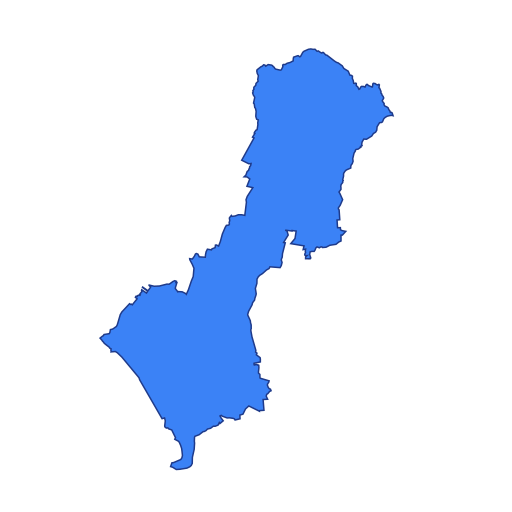 the district of Vadu Crisului, Bihor, Romania, rotated 162°
{"feature_id": "2599482B52238792704347", "entity_name": "Vadu Crisului", "entity_type": "district", "adm_level": 2, "iso_a3": "ROU", "parent_name": "Romania", "parent_adm1": "Bihor", "projection": "albers", "projection_center": [22.467, 46.953], "detail": "fine", "context": "isolated", "style": "filled", "palette": "blue", "viewbox_px": 512, "rotation_deg": 162, "n_neighbors": 0, "source": "geoboundaries", "source_scale": "gbopen_adm2", "svg_char_len": 6108}
<svg xmlns="http://www.w3.org/2000/svg" viewBox="0 0 512 512"><g transform="rotate(162 256 256)"><path d="M189.6,435.5L191.4,434.6L192.7,434.5L197.4,432.8L198.1,431.7L198.4,429.2L198.0,426.8L199.9,423.1L199.9,421.6L202.7,420.1L203.5,418.4L205.8,417.2L206.3,416.3L206.3,415.4L207.9,414.2L208.0,412.9L208.8,412.2L208.8,409.9L208.2,407.8L208.3,407.0L211.1,402.2L210.7,401.1L211.3,397.6L210.9,396.6L211.2,393.5L213.0,389.0L213.1,388.1L213.1,385.9L211.8,384.8L213.2,382.1L213.6,380.4L215.9,375.8L217.1,375.7L219.1,374.2L219.7,373.5L219.2,372.9L222.6,370.1L221.4,368.9L240.0,351.5L234.3,345.9L232.1,345.5L233.2,343.6L234.5,342.8L235.1,341.4L236.0,340.8L236.5,339.8L238.3,339.1L240.6,336.1L242.8,335.0L240.6,334.2L239.8,333.6L238.1,331.2L243.1,325.1L237.9,322.0L245.9,315.4L248.1,312.6L248.5,310.1L254.1,298.1L256.8,299.6L260.0,300.7L263.5,300.5L266.6,301.1L266.9,302.2L269.4,300.6L269.7,300.0L270.0,297.9L271.3,295.9L271.3,295.2L271.5,294.5L272.4,293.8L274.7,294.3L276.5,292.7L281.2,287.3L285.5,280.7L288.5,277.0L290.2,278.7L291.2,278.9L292.3,276.6L295.7,276.4L296.5,275.6L300.1,277.5L302.1,275.5L303.6,272.9L304.6,270.5L310.2,272.7L310.7,275.8L312.0,276.8L313.0,276.6L314.7,274.8L317.5,272.8L319.9,274.0L320.1,272.9L319.2,267.9L318.8,263.5L322.1,255.8L325.2,252.2L330.7,244.8L334.1,241.1L334.4,241.9L337.2,244.7L341.1,246.3L341.4,246.1L342.8,249.9L342.2,251.2L339.4,255.2L340.4,255.5L339.6,256.6L340.9,257.6L342.9,257.4L347.3,256.0L349.4,256.8L357.1,257.3L362.2,258.7L366.6,261.4L366.8,261.1L366.2,259.8L365.7,259.4L366.0,258.8L369.5,256.3L373.4,261.5L373.7,261.2L369.9,256.0L371.6,254.6L375.1,259.2L375.6,258.4L375.6,257.3L377.7,256.1L378.3,255.6L378.0,254.9L378.6,254.4L379.4,255.0L380.9,254.9L381.1,254.4L381.5,254.2L381.7,254.6L382.6,254.8L383.5,254.0L382.3,252.0L388.8,247.8L389.5,248.8L390.3,248.7L391.0,249.7L400.8,244.3L403.2,242.2L408.1,235.0L409.4,233.2L410.6,232.1L415.0,230.8L417.2,231.0L418.6,228.4L419.6,227.5L424.8,228.3L426.0,227.3L426.6,227.3L429.7,226.1L428.5,223.4L428.3,222.4L427.9,221.8L427.2,219.7L424.8,216.1L424.1,215.3L423.5,213.5L422.5,212.5L423.1,211.3L423.2,210.1L423.5,209.6L419.3,208.6L417.8,206.9L414.8,201.3L404.9,176.4L404.9,174.2L395.6,130.3L393.0,130.2L393.2,127.3L395.3,122.7L395.5,121.7L394.5,120.1L393.0,119.8L392.5,118.6L389.9,116.6L388.7,108.1L389.9,106.8L387.2,104.0L386.8,103.4L386.5,102.2L386.2,99.3L386.2,95.9L386.6,93.7L387.6,89.0L388.8,87.0L390.4,85.7L398.2,85.0L399.9,85.3L402.3,82.1L400.5,80.8L397.8,77.6L394.3,76.7L387.2,75.6L384.1,76.0L382.3,76.8L380.7,78.5L378.7,84.2L374.5,91.3L372.2,97.1L371.9,98.8L370.5,102.6L369.8,103.4L365.3,103.6L360.6,105.3L359.3,105.1L357.5,105.4L355.7,106.4L352.4,106.2L349.2,107.3L347.4,106.7L344.3,106.9L342.4,108.9L342.1,107.8L338.1,109.4L339.3,112.9L339.7,115.0L338.3,115.2L337.6,114.1L333.5,110.9L331.2,110.3L327.8,108.6L326.8,107.7L326.6,106.5L321.5,106.1L320.5,109.7L317.3,109.6L313.2,113.8L309.2,115.6L300.8,107.4L300.7,107.9L296.1,106.8L293.6,117.3L289.2,116.2L289.6,119.6L288.6,121.1L287.2,121.5L284.9,123.0L283.3,123.2L283.4,124.9L284.5,125.8L285.0,127.5L285.1,129.5L284.7,130.6L282.9,132.0L282.1,133.2L289.8,138.5L289.8,139.1L288.9,142.2L289.8,143.8L289.4,145.2L287.8,148.7L287.2,151.0L287.7,151.4L287.5,151.6L289.3,152.7L291.3,152.9L291.3,153.8L291.0,154.6L284.6,153.9L283.7,156.6L283.5,158.1L286.2,161.9L285.1,163.3L286.1,164.7L285.3,166.3L284.8,180.4L284.0,186.4L283.6,187.7L283.0,188.4L281.9,191.9L281.8,194.3L281.4,196.2L282.1,202.4L281.9,203.1L280.1,205.7L274.8,210.8L273.7,212.6L271.0,214.5L270.1,216.2L268.4,218.4L267.5,219.9L266.6,225.4L263.6,229.7L262.2,233.7L260.3,235.5L258.4,236.5L255.2,237.3L250.3,239.5L247.5,240.0L246.1,241.4L236.7,237.5L234.9,239.1L233.2,241.8L233.2,244.3L232.7,245.3L231.4,246.8L230.1,250.0L224.1,259.5L225.6,260.3L218.9,266.0L218.8,270.2L220.2,271.6L214.0,268.6L213.8,269.1L210.1,267.3L213.5,260.6L219.1,257.0L207.2,250.8L209.2,247.5L206.7,247.2L207.7,245.2L207.7,244.2L209.1,242.6L209.2,241.5L208.6,240.9L207.3,240.6L209.1,239.8L209.7,238.1L205.3,236.6L204.9,236.8L205.0,237.3L204.5,237.5L204.5,240.8L203.3,243.2L201.4,243.1L199.3,242.4L198.0,243.4L196.7,245.1L195.1,245.8L193.2,244.2L192.0,244.6L190.6,244.4L190.1,243.5L186.6,242.7L182.5,243.4L176.3,242.4L173.0,243.7L170.5,244.0L168.7,249.6L167.4,249.2L163.0,251.7L166.4,253.6L167.5,254.8L167.0,256.9L169.7,257.7L167.8,265.2L165.1,264.6L162.7,274.2L163.1,275.2L162.8,276.3L160.3,278.2L156.2,282.8L156.9,289.4L157.3,291.2L154.6,293.1L153.9,295.4L153.9,296.0L152.9,297.7L150.8,299.1L150.5,300.1L149.7,300.9L150.0,301.7L148.0,305.0L147.5,306.7L147.0,307.6L145.2,309.1L143.5,309.9L138.7,310.4L138.1,312.1L137.2,313.3L136.0,314.0L134.4,316.1L133.9,318.7L131.0,323.5L129.1,325.1L128.9,325.8L127.9,326.4L125.8,326.1L122.5,327.2L122.7,327.9L121.0,328.2L121.0,329.5L119.9,331.6L117.4,333.9L114.8,332.9L108.9,334.3L106.5,336.2L104.0,336.8L102.3,338.3L100.9,341.5L97.3,344.6L95.3,344.2L94.3,344.5L92.0,347.1L90.3,347.9L88.0,348.4L85.3,348.2L83.4,347.8L82.3,347.1L82.3,350.0L82.7,350.7L83.9,351.0L83.8,352.4L84.5,354.4L84.5,356.0L85.5,357.4L87.1,358.8L87.5,360.3L87.0,361.5L87.9,363.9L87.8,364.9L86.0,366.4L85.7,366.9L85.8,368.5L86.4,370.0L86.3,371.2L86.8,372.3L86.3,373.9L86.6,377.4L87.1,378.0L85.8,380.6L86.1,381.3L87.4,381.1L88.4,381.8L89.4,383.2L91.0,384.0L91.6,383.7L93.0,380.9L93.4,380.8L96.5,383.5L96.9,384.5L97.4,385.0L98.7,384.5L100.1,383.0L101.5,384.1L103.3,384.7L104.2,384.3L105.7,382.8L106.6,382.7L107.0,385.5L108.0,387.0L107.3,389.1L107.7,389.6L109.1,389.7L109.7,390.0L109.3,392.9L109.5,395.1L108.7,397.2L109.3,398.2L110.8,399.0L111.2,403.3L114.5,407.2L115.2,410.2L118.2,414.3L119.5,415.2L121.0,417.0L126.5,425.1L127.6,425.7L129.0,428.7L129.6,429.0L130.7,428.7L131.9,429.8L133.4,431.8L134.6,431.8L136.0,434.4L137.9,434.9L139.9,436.0L142.3,436.4L147.1,435.9L148.5,435.3L152.0,432.0L152.8,431.9L154.0,433.5L154.8,433.6L158.8,433.5L159.7,431.9L160.3,430.1L163.7,429.5L166.8,429.7L169.1,429.1L170.8,429.7L171.6,429.3L172.0,427.7L174.3,425.3L175.4,425.2L179.6,427.7L180.2,428.7L180.3,429.7L181.3,431.2L181.4,431.9L182.3,432.8L185.3,434.3L188.1,433.5L188.5,434.8L189.6,435.5Z" fill="#3b82f6" stroke="#1e3a8a" stroke-width="1.5"/></g></svg>